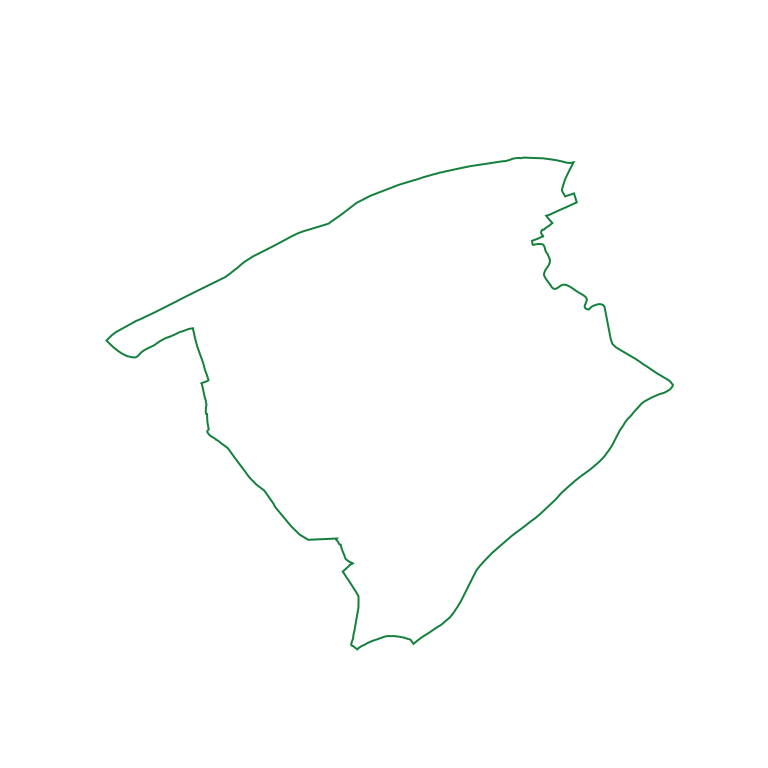 outline of Giong Trom, Bến Tre, Vietnam, rotated 105°
{"feature_id": "81297802B83890760772965", "entity_name": "Giong Trom", "entity_type": "district", "adm_level": 2, "iso_a3": "VNM", "parent_name": "Vietnam", "parent_adm1": "Bến Tre", "projection": "mercator", "projection_center": [106.467, 10.145], "detail": "fine", "context": "isolated", "style": "outline", "palette": "green", "viewbox_px": 768, "rotation_deg": 105, "n_neighbors": 0, "source": "geoboundaries", "source_scale": "gbopen_adm2", "svg_char_len": 6118}
<svg xmlns="http://www.w3.org/2000/svg" viewBox="0 0 768 768"><g transform="rotate(105 384 384)"><path d="M627.4,288.3L625.7,287.1L621.9,284.3L618.0,281.2L612.3,275.8L606.3,270.8L601.8,266.4L597.6,263.6L592.3,259.9L586.1,257.3L579.5,255.1L574.4,253.6L540.4,246.6L536.0,244.8L529.9,241.8L525.2,239.2L519.1,235.8L497.9,221.5L483.5,210.2L478.8,206.8L474.2,203.0L469.8,199.9L460.4,194.1L452.2,189.0L449.1,187.3L444.5,185.1L436.7,180.2L434.5,178.7L429.0,175.0L427.1,173.7L423.7,171.1L421.1,169.2L418.3,166.8L415.9,164.9L412.3,162.1L409.7,160.3L405.3,157.2L402.8,155.6L397.3,152.6L390.7,150.0L386.9,148.6L384.0,147.7L380.6,147.0L373.7,145.5L372.8,145.3L367.9,144.2L362.1,142.2L358.3,141.1L354.5,139.5L350.6,137.2L345.6,135.0L341.9,133.0L336.3,130.2L333.5,128.0L331.2,125.6L327.4,121.5L323.0,115.9L322.3,115.0L320.6,112.1L319.7,110.8L317.7,108.7L316.2,107.2L315.0,106.3L313.9,105.7L312.7,105.2L311.9,104.8L311.0,104.7L309.8,104.8L309.2,106.1L307.7,107.9L307.3,108.7L306.5,110.6L306.2,111.8L305.0,116.0L303.2,122.5L301.5,127.7L299.4,133.5L297.7,139.1L296.5,142.1L295.8,144.1L294.5,147.9L293.9,150.3L289.0,168.0L288.2,170.2L286.9,172.5L286.1,173.7L284.0,175.3L281.6,176.8L257.2,188.6L253.7,190.3L252.3,191.1L251.3,192.1L250.8,194.4L251.1,196.8L251.8,198.3L253.8,201.4L255.5,203.3L256.9,204.3L259.1,205.5L259.2,207.5L258.9,208.9L258.1,209.8L257.3,210.2L256.5,210.4L255.6,210.3L254.3,210.1L253.1,210.0L252.0,209.9L251.1,209.8L250.1,209.9L249.5,210.1L249.0,210.5L248.4,211.1L247.7,211.9L247.0,213.5L246.5,214.9L246.1,216.4L245.5,218.5L245.4,219.0L244.5,222.0L243.4,225.1L242.3,228.2L241.7,230.5L241.3,232.2L241.2,233.7L241.4,235.7L241.9,237.1L242.4,237.8L243.6,239.0L245.8,240.8L247.1,242.1L247.7,242.9L247.9,243.6L248.0,244.6L248.0,245.1L247.8,245.6L247.4,246.4L246.7,247.5L245.8,248.3L244.0,250.5L241.7,253.4L240.4,255.0L238.7,256.6L237.8,257.3L237.2,257.7L236.6,257.9L235.7,257.9L234.6,257.9L233.1,257.8L231.0,257.2L228.6,256.3L227.0,255.8L225.5,255.5L223.9,255.3L222.5,255.5L221.0,255.9L219.3,257.1L217.6,258.5L216.1,259.6L215.7,260.2L214.9,261.2L214.5,261.6L213.9,262.1L213.1,262.7L212.2,263.3L211.6,263.6L211.3,263.7L210.4,264.2L208.7,265.6L208.1,266.7L208.1,268.1L208.8,271.1L210.3,274.6L211.0,275.9L211.1,276.1L211.0,276.4L209.9,277.0L207.4,278.1L203.5,272.6L202.0,270.9L201.7,270.6L201.3,270.1L200.7,269.3L200.4,268.5L200.2,268.4L199.6,268.9L198.8,270.1L198.0,270.9L197.1,271.4L196.5,271.6L195.8,271.6L194.8,271.3L194.4,271.2L194.0,270.9L193.8,270.4L193.8,270.0L193.6,269.6L193.2,269.3L192.5,269.0L191.4,268.1L189.9,266.9L188.7,265.7L188.3,265.4L184.9,263.0L181.3,268.6L179.5,270.8L179.4,270.6L178.4,269.0L177.6,267.9L175.9,265.8L172.1,261.3L165.4,253.0L158.7,244.8L150.7,249.8L152.1,251.8L154.3,255.2L155.9,257.6L155.2,258.2L153.9,259.5L152.7,260.8L152.0,261.5L150.9,262.3L150.2,262.4L146.7,262.4L144.8,262.3L141.4,262.2L137.5,261.7L132.5,260.8L120.8,258.3L122.0,260.5L122.6,262.6L123.0,265.9L122.9,269.1L123.2,274.4L123.3,276.4L124.8,288.6L128.2,303.4L129.1,307.6L130.3,309.7L130.9,312.7L131.6,314.7L132.9,317.7L135.1,320.7L137.2,324.3L138.3,327.4L151.1,356.7L157.0,368.5L159.7,373.7L162.9,380.0L164.3,382.4L165.4,384.8L167.4,388.0L169.0,391.0L171.5,395.1L174.3,399.8L177.2,404.1L179.6,408.1L182.9,413.4L185.9,418.3L188.1,421.7L205.9,446.1L216.3,457.5L230.3,468.2L236.6,473.4L241.3,477.4L243.2,478.8L244.1,480.1L247.9,486.1L250.1,489.7L254.5,496.8L257.4,501.5L260.9,506.4L265.8,512.0L276.9,523.8L287.5,535.5L294.4,543.3L302.2,550.5L305.7,553.0L310.8,556.4L312.2,557.7L317.0,561.1L321.7,564.9L324.8,568.4L327.6,571.6L332.4,577.1L340.9,586.8L351.3,598.6L357.8,605.7L373.6,623.4L385.2,637.0L387.1,639.6L394.9,647.7L403.2,656.3L406.8,659.2L413.8,663.3L416.0,659.6L418.9,654.1L420.8,649.6L422.2,645.8L422.9,643.0L423.4,640.0L423.6,639.0L423.2,633.0L422.9,631.7L422.4,630.7L421.7,629.8L420.3,628.7L416.4,626.8L413.5,624.4L409.3,619.9L407.3,617.4L405.9,615.9L402.5,613.1L400.5,611.4L397.1,607.8L395.8,606.2L394.3,604.1L394.2,603.8L394.2,603.5L393.9,603.3L393.6,603.0L390.5,599.0L387.3,595.5L384.5,591.2L381.6,587.2L380.8,585.7L379.6,582.9L381.6,582.2L382.4,581.5L384.2,580.6L387.4,579.1L389.3,578.0L394.0,575.3L395.3,574.6L402.8,569.5L406.0,567.2L410.1,564.5L412.8,562.7L414.2,562.0L416.2,560.9L420.0,558.2L425.5,554.6L425.9,554.5L426.5,555.1L428.0,556.9L429.7,559.4L430.6,560.6L431.1,560.1L432.0,559.5L434.7,558.1L439.2,555.7L442.7,554.0L443.8,553.3L445.1,552.5L447.3,551.3L449.1,550.6L449.6,550.3L449.9,550.1L450.5,550.0L452.3,550.0L455.7,549.3L457.1,548.9L457.8,548.8L458.5,548.4L458.8,548.1L458.7,547.8L458.7,547.2L460.5,546.6L465.1,545.2L466.9,544.5L470.9,542.7L472.6,541.8L473.1,541.5L473.8,542.0L474.7,542.3L475.4,542.4L476.1,542.2L476.9,541.5L477.5,540.7L478.1,539.8L478.8,538.6L478.9,538.4L479.4,537.1L479.7,536.0L480.1,534.4L480.9,532.0L481.2,531.9L481.2,531.7L481.5,530.5L482.0,529.0L482.1,528.7L483.1,526.6L483.9,524.5L485.1,521.4L485.9,519.5L486.5,518.1L493.8,509.2L504.4,495.6L508.5,490.6L509.9,488.5L514.3,481.0L517.9,472.1L528.1,459.9L531.2,457.0L545.3,437.1L551.3,426.5L554.1,416.9L552.4,411.5L545.4,389.4L546.9,389.8L547.3,389.1L548.0,388.0L548.9,387.0L550.1,386.0L550.5,385.5L550.5,385.1L550.4,384.3L551.1,383.9L551.8,383.5L553.3,382.7L556.1,380.8L558.0,379.4L559.7,378.0L559.7,377.9L561.1,377.2L562.1,376.5L563.0,375.6L564.1,373.2L564.7,371.1L565.0,369.9L565.3,367.7L565.9,368.2L566.5,368.8L567.4,370.0L567.7,370.3L568.6,370.6L570.8,372.0L573.5,373.7L575.8,375.3L580.9,369.7L583.2,367.0L585.6,364.3L587.3,362.4L590.5,359.0L591.6,357.7L594.7,354.6L595.5,353.8L596.1,353.6L598.4,352.9L606.6,350.8L607.2,350.7L607.6,350.7L611.2,350.4L617.8,349.8L623.6,349.3L626.3,349.1L630.3,348.7L631.7,348.7L634.8,348.5L636.4,348.3L637.0,348.1L637.3,348.0L637.7,348.0L639.0,348.1L640.9,348.3L642.5,348.3L643.9,348.3L644.7,348.0L645.0,347.4L645.1,347.0L645.1,346.5L645.4,345.5L646.1,344.0L646.5,343.0L646.8,341.9L647.0,341.3L647.2,341.1L646.3,340.6L645.4,340.0L643.2,338.1L641.4,335.9L640.8,335.1L638.2,332.6L636.8,330.8L635.3,328.9L632.6,324.8L627.9,318.1L626.4,315.0L626.0,312.8L625.0,309.5L624.3,305.2L623.8,299.2L624.0,295.3L624.1,292.3L624.5,291.7L627.4,288.3Z" fill="none" stroke="#15803d" stroke-width="2"/></g></svg>